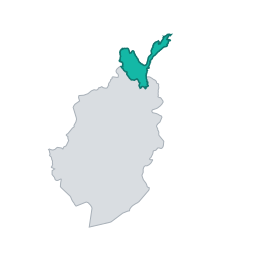 Badakhshan highlighted on a map of Afghanistan, rotated 323°
{"feature_id": "AFG-1760", "entity_name": "Badakhshan", "entity_type": "Province", "adm_level": 1, "iso_a3": "AFG", "parent_name": "Afghanistan", "parent_adm1": "", "projection": "orthographic", "projection_center": [71.727, 36.958], "detail": "fine", "context": "in_parent", "style": "filled", "palette": "teal", "viewbox_px": 256, "rotation_deg": 323, "n_neighbors": 0, "source": "natural_earth", "source_scale": "10m", "svg_char_len": 8671}
<svg xmlns="http://www.w3.org/2000/svg" viewBox="0 0 256 256"><g transform="rotate(323 128 128)"><path d="M116.7,76.5L121.0,76.3L123.9,77.0L125.4,78.6L126.9,79.1L128.4,78.4L129.3,78.3L129.6,78.8L130.3,79.0L131.5,79.0L132.1,79.5L132.2,80.4L133.0,81.6L134.4,83.0L135.8,83.4L137.5,82.4L138.1,82.5L138.4,82.2L138.6,81.4L139.7,80.7L141.7,80.1L142.8,79.5L143.2,79.0L143.9,78.9L144.6,79.0L145.1,78.9L145.5,78.2L146.2,77.9L146.8,78.1L149.4,80.7L150.4,81.5L150.8,81.4L152.2,80.0L152.4,78.7L152.1,77.1L152.4,75.8L153.3,74.8L154.9,74.2L157.3,74.0L158.7,74.2L159.2,74.7L159.9,75.0L160.8,75.1L161.7,74.5L162.5,73.3L162.5,71.7L161.9,69.9L162.1,69.3L163.3,68.4L164.6,67.0L165.8,65.3L167.0,63.1L168.4,61.8L170.1,61.3L172.2,61.9L174.6,63.6L175.5,65.7L174.9,68.2L174.9,69.5L175.4,69.8L178.1,69.3L178.5,69.7L178.5,70.4L178.1,71.4L177.6,74.3L176.7,81.6L177.9,85.9L178.7,87.6L179.5,88.1L180.3,88.3L181.2,88.2L182.9,87.1L185.4,85.0L187.9,83.7L191.5,83.0L192.7,80.8L194.4,79.4L198.2,77.2L200.2,76.3L201.4,76.1L204.3,76.9L204.5,77.5L204.3,78.2L203.5,78.8L203.3,79.3L203.6,79.6L204.8,79.7L209.8,78.1L210.9,76.8L211.9,76.7L214.1,77.2L215.7,77.0L216.6,77.5L218.6,79.3L218.0,79.5L217.1,79.1L216.6,78.5L214.5,79.4L212.3,80.7L212.4,81.0L214.4,82.7L210.3,84.7L208.4,85.8L208.0,85.9L205.1,84.9L197.2,85.4L191.2,86.1L188.8,87.0L186.6,87.5L185.5,88.1L184.7,89.1L181.4,91.3L180.8,92.2L178.9,92.1L177.0,94.3L174.2,96.9L173.6,98.1L174.0,98.7L175.5,99.7L176.2,100.6L177.2,103.1L177.7,104.9L178.3,105.6L178.7,107.7L178.0,109.0L178.0,109.6L178.9,111.2L178.7,111.7L178.0,112.4L176.8,114.5L174.8,116.0L174.0,117.3L172.6,118.8L172.0,120.0L171.3,120.7L170.7,121.1L170.9,121.7L171.4,122.6L172.3,123.5L172.2,127.3L171.7,128.4L169.2,129.4L166.7,129.8L163.7,129.8L162.5,129.6L158.4,128.2L157.1,128.8L156.8,130.5L159.1,133.2L160.1,134.8L161.1,137.3L161.9,138.6L161.6,139.8L157.2,142.4L154.4,142.6L152.7,143.1L151.8,143.7L151.2,146.5L150.5,147.6L150.5,148.8L149.9,150.2L149.0,151.1L148.3,152.5L148.6,160.1L146.0,163.0L144.6,164.1L143.2,164.5L142.1,164.3L140.7,162.5L139.8,161.9L138.8,162.0L137.8,162.5L136.2,162.3L134.8,161.6L134.1,161.7L133.7,162.2L132.2,163.5L128.6,165.3L127.1,165.4L126.4,165.8L126.7,166.7L127.3,167.3L128.4,167.9L128.4,168.4L126.5,169.3L124.7,169.9L122.5,170.0L120.3,169.6L119.2,168.6L117.8,168.5L116.6,169.1L115.3,170.0L113.4,172.6L110.7,174.1L110.0,175.7L109.1,178.6L109.1,182.9L108.7,184.8L108.1,186.1L108.1,187.1L109.0,188.3L108.6,189.0L107.8,189.8L107.1,190.2L92.6,193.4L90.3,193.4L89.1,193.1L85.1,192.8L83.4,193.0L81.7,193.4L80.4,194.0L79.4,195.0L77.7,194.2L72.5,192.8L58.1,192.8L56.8,192.4L37.4,183.8L50.9,170.5L51.4,169.3L51.6,166.9L51.2,163.6L50.1,162.0L39.5,159.1L39.4,156.6L39.7,155.5L39.7,153.3L39.9,151.7L40.6,149.0L40.8,147.8L38.7,135.1L38.8,134.0L41.1,131.4L43.8,128.9L43.8,128.4L42.5,128.0L40.7,127.7L39.7,127.2L39.0,126.3L38.8,125.2L39.5,123.3L39.4,119.4L41.7,116.4L44.8,116.6L43.5,114.0L43.2,113.8L43.1,113.3L43.3,113.0L44.1,112.9L46.1,111.6L46.3,110.8L48.0,108.7L48.0,107.7L49.2,105.2L48.9,103.4L48.9,102.5L50.1,102.0L51.0,99.6L51.5,99.1L51.6,98.5L51.5,97.4L52.5,97.4L53.3,98.8L54.6,100.3L55.5,100.7L56.7,101.1L59.4,100.9L60.0,101.0L62.6,103.7L63.0,104.3L63.1,105.3L63.6,105.6L64.6,104.8L65.6,104.5L67.4,105.0L68.3,104.8L73.1,102.3L73.6,100.5L74.1,99.5L74.8,98.9L74.3,96.7L74.6,96.3L75.2,96.2L76.7,96.3L83.7,94.6L85.5,94.7L85.9,94.5L86.1,93.9L86.6,93.3L90.0,91.8L92.0,90.2L92.8,88.9L96.6,78.5L98.3,77.6L100.0,77.1L105.6,77.3L106.8,74.0L107.4,73.3L108.4,72.6L112.4,75.2L116.7,76.5Z" fill="#d9dde1" stroke="#a8b0b8" stroke-width="1"/><path d="M217.4,79.7L216.7,78.4L216.0,78.9L215.7,79.0L215.3,79.5L215.2,79.5L214.9,79.3L214.2,79.5L213.8,79.5L213.7,79.6L213.5,80.1L213.3,80.3L213.2,80.4L212.9,80.5L212.4,80.4L212.3,80.5L212.3,80.8L212.5,81.1L212.9,81.4L213.6,81.8L213.8,82.0L214.2,82.6L214.4,82.7L214.5,82.8L214.5,83.0L214.4,83.6L214.2,83.6L214.0,83.4L213.7,83.1L213.4,83.0L213.2,83.0L212.7,83.1L212.3,83.4L211.4,84.1L210.8,84.6L210.5,84.7L209.7,84.6L209.3,84.8L209.2,85.0L209.2,85.6L208.4,86.0L208.0,86.0L207.3,85.8L206.3,85.2L205.9,85.0L205.1,84.9L203.5,84.9L201.9,85.2L201.2,85.1L200.4,85.2L199.8,85.1L199.2,85.4L198.1,85.2L196.3,85.5L196.1,85.5L195.6,85.8L195.1,85.7L194.8,85.7L194.5,85.9L194.1,86.0L193.1,86.1L192.0,85.9L191.2,86.0L190.5,86.2L189.9,86.5L189.1,87.2L188.9,87.2L188.3,87.2L187.8,87.4L187.3,87.4L186.2,87.7L185.6,87.9L185.4,88.0L185.6,88.5L185.7,88.8L184.7,89.0L184.3,89.2L184.2,89.3L184.3,89.6L184.2,89.7L184.1,89.9L183.6,90.0L183.3,90.2L183.1,90.4L182.5,90.7L182.0,91.1L181.9,91.2L181.1,91.3L180.8,91.4L180.8,91.9L181.0,92.3L181.1,92.5L180.9,92.7L180.7,92.8L180.4,92.7L180.0,92.3L179.3,91.8L179.0,91.7L178.8,91.8L178.7,91.9L178.4,92.6L178.3,92.8L178.0,93.1L178.0,93.3L178.2,93.7L177.9,93.9L177.4,94.0L177.2,94.2L176.3,95.2L176.0,95.4L175.2,95.7L175.2,95.8L175.1,96.1L174.0,96.8L173.9,97.2L173.9,97.4L173.5,97.8L173.3,98.0L173.1,98.6L172.6,99.2L172.4,99.5L172.3,99.8L172.1,100.6L172.0,100.9L171.5,101.8L171.0,102.0L170.9,102.1L170.8,102.5L170.9,102.8L171.2,102.9L171.4,103.1L171.4,103.3L171.0,103.7L170.8,104.1L170.3,104.3L169.9,104.3L169.7,104.4L169.6,104.8L169.6,105.1L169.7,105.5L169.8,106.1L169.7,106.2L169.5,106.5L169.3,106.6L168.7,106.4L168.2,106.5L167.9,106.3L167.4,105.7L167.2,105.7L167.1,105.8L166.9,106.1L166.8,106.3L166.8,106.6L166.7,106.8L166.3,107.0L166.0,107.1L165.6,107.1L165.5,106.9L165.5,106.3L165.6,105.9L165.7,105.5L165.7,105.2L165.1,104.4L164.9,103.9L164.8,103.7L164.1,103.4L163.8,103.2L163.6,103.2L163.3,103.3L162.8,103.7L162.5,103.8L161.7,103.6L161.8,103.4L161.9,102.5L162.0,102.2L162.1,101.6L162.3,100.9L162.5,100.7L162.6,100.4L163.0,100.3L163.5,100.0L164.0,99.5L164.6,99.2L164.6,98.8L164.3,98.3L164.3,98.1L164.4,97.8L164.5,97.4L164.7,96.6L164.8,96.4L164.9,95.9L164.8,94.3L164.7,94.1L164.0,94.0L163.5,94.0L162.7,93.7L162.3,93.6L161.9,93.7L161.6,93.4L160.8,92.4L160.1,91.9L159.6,91.6L159.5,91.4L159.6,90.7L159.4,90.2L159.2,89.2L159.2,88.6L159.3,88.0L159.3,84.5L159.7,84.2L159.7,83.9L159.9,83.6L160.3,83.5L160.4,83.4L160.5,83.2L160.8,82.7L160.5,82.2L160.3,82.0L159.8,81.6L159.7,81.3L159.7,80.5L159.4,79.5L159.4,79.1L159.5,78.3L159.6,77.9L159.9,77.4L159.7,77.3L159.4,77.1L159.4,75.2L159.5,74.9L159.6,75.0L160.0,75.1L159.9,75.0L160.2,75.0L160.6,75.2L161.0,75.2L161.3,75.1L161.7,74.6L161.8,74.5L162.0,74.0L162.3,74.0L162.4,73.9L162.5,73.7L162.5,73.4L162.7,73.1L162.9,72.7L162.8,72.4L162.7,71.8L162.8,71.6L162.6,71.3L162.5,71.1L162.4,70.9L161.8,70.6L161.6,70.3L161.5,69.8L161.4,69.3L161.6,69.0L161.8,69.2L162.1,69.2L162.4,69.2L162.6,69.1L162.5,68.8L162.6,68.6L162.9,68.4L163.0,68.2L163.4,68.0L164.0,67.3L164.5,66.7L165.1,66.5L165.2,66.4L165.3,66.1L165.7,65.3L166.0,64.6L166.1,64.2L166.6,64.0L166.7,63.5L166.7,63.1L166.8,62.9L167.2,62.9L167.3,62.8L167.7,62.5L167.8,62.3L167.6,62.2L167.8,61.9L168.5,61.8L168.7,61.5L168.9,61.4L169.3,61.4L169.7,61.5L169.9,61.4L170.0,61.3L170.5,61.6L170.8,61.7L170.9,61.2L171.0,61.1L171.3,61.0L171.6,61.2L171.8,61.4L172.0,61.8L172.2,62.0L172.5,62.0L173.0,62.2L173.4,62.5L174.2,63.3L175.1,63.7L175.5,64.0L175.8,64.5L175.9,65.1L175.8,65.5L175.6,66.1L175.5,66.6L175.3,67.0L175.2,67.6L174.8,68.3L174.7,68.7L174.6,69.0L174.6,69.4L174.9,69.4L175.3,69.8L175.6,69.9L176.1,69.6L177.5,69.1L178.0,69.1L178.3,69.4L178.7,69.8L178.7,70.5L178.6,70.8L178.6,71.1L178.4,71.4L178.0,71.7L177.9,71.9L178.0,72.6L177.9,73.2L177.8,73.8L177.5,74.2L177.5,74.9L177.6,76.1L177.5,76.7L177.4,77.1L177.3,77.3L177.4,77.9L177.5,78.5L177.4,78.8L177.3,79.0L177.3,79.4L176.9,80.2L176.9,80.6L176.8,80.9L176.7,81.6L176.6,82.5L177.0,83.2L177.0,83.3L177.0,84.0L177.0,84.3L177.1,84.6L177.8,85.7L177.9,86.0L178.0,86.7L178.1,87.0L178.4,87.6L178.8,88.0L179.3,88.3L179.9,88.4L180.5,88.4L181.1,88.3L181.6,88.1L185.1,85.4L185.4,85.1L185.8,84.8L186.2,84.3L186.7,84.0L187.9,83.5L188.5,83.4L189.3,83.5L189.7,83.3L191.6,83.0L191.7,82.9L191.7,82.6L192.2,81.8L192.8,80.6L193.1,80.1L193.6,79.8L194.2,79.7L194.5,79.6L194.7,79.2L195.6,78.7L196.5,78.6L196.7,78.4L196.8,78.2L197.0,77.8L197.2,77.5L197.7,77.2L197.8,77.1L198.1,77.2L198.8,76.5L199.0,76.4L199.5,76.2L199.8,76.3L200.0,76.4L200.2,76.5L200.9,76.0L201.5,76.0L202.9,76.5L203.8,76.7L204.3,76.7L204.7,76.7L204.7,77.2L204.7,77.9L204.6,78.1L204.4,78.4L204.2,78.5L203.5,78.7L203.3,78.8L203.0,79.0L202.9,79.3L203.0,79.6L203.7,79.6L203.9,79.6L204.3,80.0L204.4,79.9L204.6,79.8L204.7,79.7L205.2,79.8L205.3,79.8L205.8,79.3L206.0,79.2L206.6,79.2L207.2,78.8L207.5,78.8L208.4,78.4L209.7,78.1L210.0,78.0L210.2,77.7L210.2,77.2L210.4,77.0L210.7,77.0L211.1,77.0L211.4,77.0L211.5,76.6L211.6,76.8L211.7,76.7L211.9,76.7L212.0,76.7L212.2,77.0L212.3,77.1L212.8,77.1L213.2,77.0L214.0,77.3L215.4,77.2L215.7,77.0L217.3,77.9L217.6,78.2L218.2,79.2L218.6,79.4L217.6,79.6L217.4,79.7Z" fill="#14b8a6" stroke="#0f766e" stroke-width="1.5"/></g></svg>